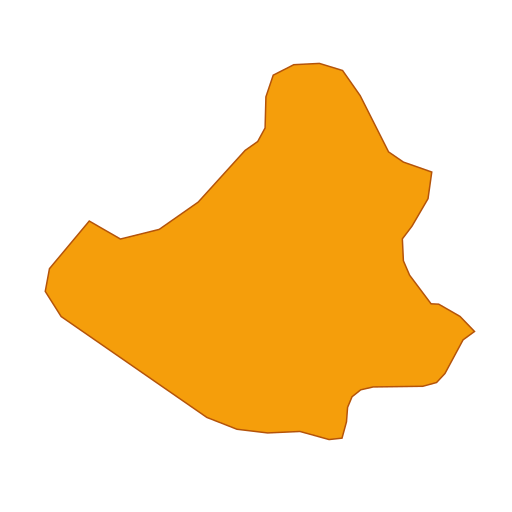 Siquijor, Robinson projection, rotated 356°
{"feature_id": "PHL-2517", "entity_name": "Siquijor", "entity_type": "Province", "adm_level": 1, "iso_a3": "PHL", "parent_name": "Philippines", "parent_adm1": "", "projection": "robinson", "projection_center": [123.634, 9.196], "detail": "fine", "context": "isolated", "style": "filled", "palette": "amber", "viewbox_px": 512, "rotation_deg": 356, "n_neighbors": 0, "source": "natural_earth", "source_scale": "10m", "svg_char_len": 690}
<svg xmlns="http://www.w3.org/2000/svg" viewBox="0 0 512 512"><g transform="rotate(356 256 256)"><path d="M427.3,315.9L434.9,316.8L455.3,330.5L468.7,346.5L456.7,354.1L436.3,386.4L427.3,394.8L413.3,397.6L363.7,394.8L351.1,396.8L342.0,403.1L336.8,413.4L334.7,427.7L329.1,443.7L316.1,444.2L287.6,434.1L255.2,433.3L224.9,427.5L195.7,413.6L57.4,302.8L43.3,276.6L49.1,254.2L92.1,209.5L121.9,229.6L161.3,222.7L202.1,198.2L252.5,149.9L265.7,141.9L274.0,128.9L277.0,97.9L285.8,76.8L307.0,67.8L332.7,68.3L355.3,77.0L371.1,103.3L395.5,161.4L409.6,172.6L437.2,184.5L431.6,210.8L413.7,237.1L403.2,249.1L402.7,271.1L407.9,285.9L427.3,315.9Z" fill="#f59e0b" stroke="#b45309" stroke-width="1.5"/></g></svg>